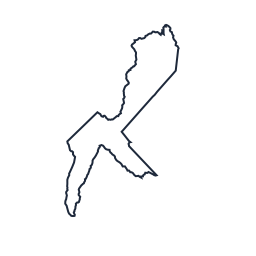 Campos Belos, Goiás, Brazil (Equal Earth projection), rotated 131°
{"feature_id": "56859067B24683817309733", "entity_name": "Campos Belos", "entity_type": "district", "adm_level": 2, "iso_a3": "BRA", "parent_name": "Brazil", "parent_adm1": "Goiás", "projection": "equal_earth", "projection_center": [-46.471, -12.965], "detail": "fine", "context": "isolated", "style": "outline", "palette": "slate", "viewbox_px": 256, "rotation_deg": 131, "n_neighbors": 0, "source": "geoboundaries", "source_scale": "gbopen_adm2", "svg_char_len": 3688}
<svg xmlns="http://www.w3.org/2000/svg" viewBox="0 0 256 256"><g transform="rotate(131 128 128)"><path d="M24.8,165.9L25.2,166.9L26.2,167.3L26.7,166.1L27.5,167.1L28.4,167.3L29.3,167.1L30.0,166.0L30.9,165.3L31.8,166.3L32.5,165.3L31.8,164.5L33.1,163.4L33.8,162.5L34.1,163.9L34.2,165.1L35.2,164.8L36.2,164.4L36.3,165.8L36.0,167.3L36.3,168.8L37.2,169.5L37.9,170.2L38.2,171.5L39.0,172.5L40.4,172.5L41.7,172.6L42.4,173.5L44.0,174.2L45.5,174.3L47.0,175.2L48.0,174.6L49.5,174.7L50.8,175.6L51.8,176.3L52.2,178.0L53.0,178.7L54.3,178.5L55.7,179.0L56.8,179.8L57.5,180.6L58.7,179.0L62.5,179.7L63.6,179.3L64.1,178.2L64.5,174.8L65.2,173.5L65.7,171.6L66.7,170.7L68.3,169.6L69.2,168.5L70.9,166.5L73.2,166.0L74.0,165.0L74.6,163.9L76.3,163.9L77.3,163.8L77.9,164.4L79.3,164.4L80.5,164.8L81.7,165.0L82.6,164.2L83.9,165.3L84.9,164.7L86.0,165.2L88.7,164.6L90.2,162.9L91.8,161.8L92.4,160.4L92.8,158.5L93.4,157.0L94.2,156.6L97.3,157.2L98.3,157.4L100.3,156.8L103.1,155.6L103.7,154.6L104.7,153.8L105.5,152.9L106.3,152.1L106.6,151.0L107.9,150.6L109.3,150.6L110.0,149.6L111.7,147.4L113.4,147.2L114.7,147.3L115.6,146.3L116.5,145.7L117.2,145.3L118.5,145.0L119.4,144.7L120.7,144.4L121.5,143.0L122.9,143.4L124.2,143.6L125.4,143.1L126.5,144.3L128.0,144.4L128.9,144.6L130.7,144.9L131.6,145.1L132.1,145.9L133.1,146.4L134.0,147.9L134.8,148.3L134.6,149.4L134.7,150.9L134.2,152.2L134.1,153.7L134.9,154.4L135.9,154.2L136.5,155.7L136.1,157.0L135.7,158.0L136.0,159.5L136.2,161.4L177.9,165.0L179.1,163.5L179.5,161.8L182.8,157.2L182.8,155.5L182.2,154.8L182.3,153.6L184.0,152.2L184.4,150.6L184.5,149.0L189.4,146.1L194.1,144.5L199.5,142.9L201.1,142.5L202.1,141.4L204.9,140.7L206.9,139.8L210.1,137.0L211.9,135.7L212.8,134.5L213.9,133.9L214.4,132.9L216.7,132.7L217.6,132.1L218.4,130.8L219.1,129.8L220.3,129.2L222.6,127.8L223.4,127.7L224.7,127.0L226.3,125.7L226.9,123.4L230.4,118.2L230.9,117.2L231.3,116.1L231.3,114.4L231.5,113.2L230.6,111.8L229.4,110.7L228.4,111.2L227.8,112.7L227.2,113.6L226.1,113.7L225.2,114.4L223.8,114.7L223.0,115.1L221.8,116.1L220.3,116.7L219.3,117.7L217.5,117.5L216.9,116.7L215.9,116.5L214.8,117.1L213.6,117.5L212.7,118.3L211.3,118.9L210.9,121.3L210.1,122.0L208.6,122.4L207.9,123.1L206.9,124.7L205.7,125.2L201.8,125.6L200.8,125.4L199.9,125.4L198.7,125.0L197.8,125.5L196.5,125.6L195.6,126.1L194.9,126.9L193.8,126.5L192.8,126.9L191.9,127.1L189.9,128.0L188.9,127.9L187.8,128.4L186.2,129.0L185.4,129.3L184.2,130.1L183.3,129.8L181.9,130.3L181.1,131.3L180.0,131.1L178.8,131.4L177.7,131.9L176.7,132.6L175.8,133.4L174.6,133.7L173.8,133.8L172.7,133.8L171.7,133.9L169.6,134.2L168.1,134.6L166.7,134.9L165.3,135.3L164.6,136.1L163.7,136.3L162.5,136.9L161.5,136.7L160.5,137.0L160.0,137.8L159.2,137.3L158.3,136.9L157.7,135.2L157.9,134.0L158.4,132.1L158.4,130.7L157.8,129.2L156.6,127.6L157.3,126.9L158.0,125.3L157.9,124.2L158.2,122.4L157.9,120.6L158.1,119.2L159.1,118.1L159.8,116.1L159.9,114.3L159.6,112.8L159.4,110.9L159.6,109.1L160.5,106.8L159.0,105.1L159.4,103.6L159.9,101.8L160.5,100.4L159.5,99.5L159.6,98.2L159.9,97.3L159.0,96.2L158.8,94.5L159.3,92.7L159.3,90.6L158.5,89.8L157.2,88.7L157.2,87.3L156.8,85.6L156.3,86.6L154.7,85.0L153.9,85.5L152.8,85.4L152.1,85.0L150.4,85.6L149.6,84.4L149.0,83.8L147.8,83.7L147.4,82.3L146.5,78.5L146.4,77.3L145.8,76.0L144.9,75.4L141.0,115.3L140.2,116.2L139.6,117.2L137.9,117.5L137.1,116.9L137.2,118.6L135.0,130.3L110.6,130.1L108.6,130.1L88.1,129.9L85.5,129.6L81.5,129.8L65.4,129.7L60.9,129.6L53.4,129.6L35.8,141.7L34.6,142.1L33.8,144.3L34.3,146.3L33.3,147.1L32.0,147.5L31.5,148.5L31.2,150.2L31.0,151.7L30.0,153.5L28.5,154.2L28.3,155.7L27.7,156.8L26.9,157.7L27.3,159.3L26.6,160.7L25.7,160.8L24.8,161.5L24.6,162.7L24.5,164.3L24.8,165.9Z" fill="none" stroke="#1e293b" stroke-width="2"/></g></svg>